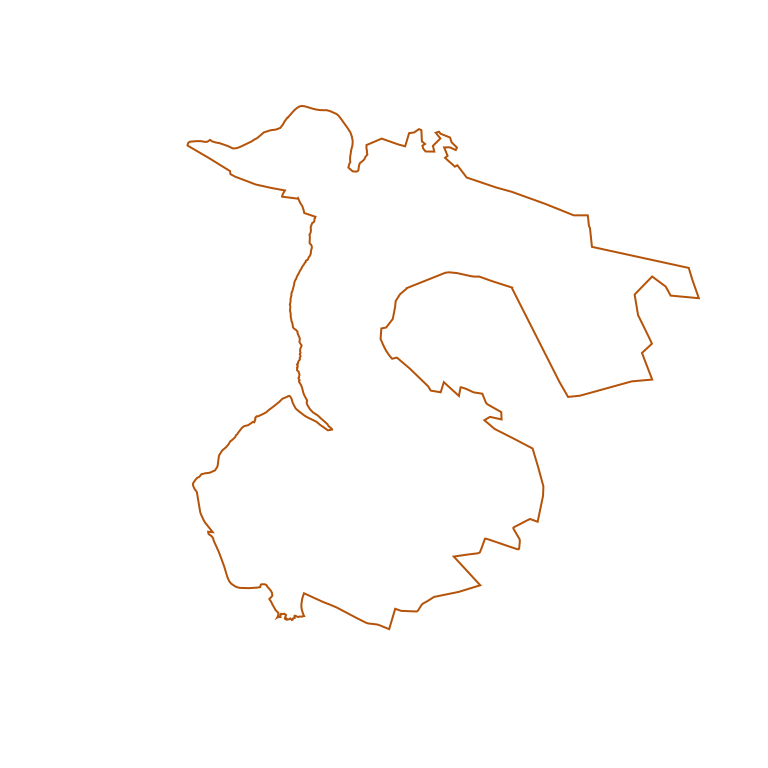 the district of Brocēni, Brocenu, Latvia, rotated 20°
{"feature_id": "27541924B69877910900849", "entity_name": "Brocēni", "entity_type": "district", "adm_level": 2, "iso_a3": "LVA", "parent_name": "Latvia", "parent_adm1": "Brocenu", "projection": "equal_earth", "projection_center": [22.567, 56.678], "detail": "fine", "context": "isolated", "style": "outline", "palette": "amber", "viewbox_px": 768, "rotation_deg": 20, "n_neighbors": 0, "source": "geoboundaries", "source_scale": "gbopen_adm2", "svg_char_len": 6153}
<svg xmlns="http://www.w3.org/2000/svg" viewBox="0 0 768 768"><g transform="rotate(20 384 384)"><path d="M261.5,257.3L261.4,261.0L261.8,262.6L262.8,264.5L263.2,266.8L263.2,268.1L262.9,269.3L263.7,270.4L264.6,272.8L265.8,276.9L266.3,277.4L268.0,278.1L269.2,279.6L269.7,281.0L269.7,283.0L269.9,284.1L270.6,286.5L270.6,287.5L270.4,289.4L270.0,290.3L269.8,293.4L268.5,294.7L268.4,295.3L268.7,296.4L268.2,297.0L267.8,299.3L267.0,301.9L266.9,303.7L266.2,307.0L266.1,309.4L265.7,310.6L265.7,311.7L265.4,312.7L265.5,315.3L265.2,316.1L265.0,317.7L265.1,319.7L265.5,321.1L266.1,327.9L266.0,330.5L266.4,331.9L266.8,332.6L267.0,335.6L268.1,338.8L268.3,341.4L269.4,343.1L269.9,344.5L270.4,346.9L272.3,349.9L273.5,353.1L274.5,354.5L275.4,356.3L277.1,358.2L278.6,361.0L279.2,361.9L280.4,362.7L282.6,363.2L284.8,364.4L285.7,366.3L287.2,367.7L287.7,368.4L288.5,369.0L289.5,370.4L290.1,373.4L291.9,374.9L293.3,375.8L293.5,376.2L293.3,380.0L293.7,380.9L294.0,382.1L294.9,383.1L294.9,383.5L294.6,384.4L294.6,384.7L296.1,386.4L295.8,388.3L296.5,389.4L296.6,389.9L296.0,391.2L295.8,392.9L296.3,394.3L295.5,395.3L295.5,395.5L296.6,396.3L296.9,396.9L296.9,397.5L296.6,398.1L297.2,398.5L297.1,399.4L297.4,400.5L297.9,401.0L299.5,401.6L299.8,401.9L300.4,403.0L301.1,403.6L301.5,404.5L301.6,406.1L301.9,406.7L301.6,407.3L301.6,407.6L302.1,408.4L303.3,409.1L303.5,409.5L303.1,410.4L303.2,410.8L306.7,413.6L308.9,416.4L310.7,419.2L312.7,421.6L317.4,425.8L317.6,426.3L317.5,427.5L317.7,428.0L319.0,429.8L322.9,432.9L326.8,434.9L332.8,436.3L336.0,437.7L344.4,441.0L346.5,442.6L350.1,443.9L350.7,444.4L350.7,444.7L347.1,446.7L337.5,444.1L334.7,443.0L333.1,442.5L324.1,441.6L320.5,441.0L312.5,438.5L309.4,437.2L308.9,436.8L304.6,432.9L302.2,429.5L300.1,427.8L299.1,427.6L298.2,428.1L297.7,428.8L293.6,432.6L291.7,436.6L287.4,443.7L284.5,448.0L283.2,450.6L281.5,452.6L277.5,456.7L276.2,457.8L275.5,457.8L275.0,458.5L274.6,460.3L275.2,461.0L275.2,464.3L274.0,464.2L270.5,469.1L267.0,471.4L265.5,473.7L263.5,480.1L263.3,481.4L262.4,482.9L262.4,484.5L260.9,487.8L259.1,490.6L258.6,493.7L257.1,497.6L254.6,502.0L253.5,507.4L253.8,509.7L255.4,516.5L255.7,518.6L254.8,522.9L250.7,526.9L246.5,529.1L243.3,531.2L242.9,532.6L242.0,534.7L240.6,536.0L239.7,538.1L238.8,541.5L238.6,543.0L238.9,544.0L239.5,544.9L241.5,547.1L244.9,549.4L245.3,549.9L254.9,566.9L256.4,568.9L261.2,573.7L263.4,575.5L273.7,581.8L269.3,583.0L270.1,584.5L270.6,585.0L273.6,585.8L275.2,586.7L276.5,587.7L277.2,589.1L285.9,598.0L290.6,603.4L296.3,610.2L302.1,618.0L303.9,620.2L306.3,622.5L308.8,623.9L312.5,624.9L314.7,625.2L316.7,625.1L318.6,624.8L327.0,622.0L334.5,618.7L337.1,617.2L336.9,614.9L337.0,614.5L337.8,613.9L340.1,613.1L341.1,613.0L342.3,613.2L342.8,613.4L343.7,614.4L345.6,615.3L348.5,617.1L350.2,618.6L351.5,621.1L350.9,622.9L349.8,625.1L350.1,625.6L352.3,627.1L354.3,629.1L359.4,633.5L363.1,635.3L363.6,637.0L363.8,638.8L363.6,639.9L364.2,639.2L366.4,638.4L366.1,637.9L365.6,636.0L365.9,635.1L366.9,635.2L368.8,634.0L371.0,634.6L370.9,637.4L371.0,638.2L371.4,638.5L372.2,637.6L372.7,637.8L372.6,638.7L373.0,638.9L375.3,637.5L376.2,636.4L378.1,637.3L378.8,636.6L378.6,635.6L379.2,634.9L380.1,634.4L379.2,632.7L379.6,632.1L383.0,632.4L384.0,631.5L386.2,630.7L388.3,629.4L387.2,628.4L384.2,624.6L382.7,621.9L381.8,619.6L380.8,615.0L380.5,612.6L380.4,608.0L401.8,609.7L408.3,609.8L416.0,610.2L438.6,613.3L449.0,614.5L451.1,614.4L459.0,612.5L461.3,612.2L472.7,612.6L471.4,591.4L477.8,591.3L492.5,586.6L493.3,585.7L495.0,578.3L495.6,577.2L499.3,572.9L503.8,567.0L525.3,553.8L543.3,540.2L508.6,522.3L520.6,515.8L529.9,511.1L531.5,509.7L531.7,509.1L531.8,504.7L531.8,494.9L532.6,494.5L535.5,494.3L556.8,493.9L565.9,493.6L567.0,493.3L567.2,492.9L567.1,491.8L565.6,485.9L565.1,484.5L564.3,483.3L555.0,475.6L554.7,474.9L555.1,474.1L567.3,460.9L575.5,460.9L571.7,434.7L568.8,425.7L558.1,410.5L545.7,393.8L525.7,391.1L503.4,388.4L490.7,383.7L494.9,378.6L506.6,377.1L503.8,370.3L488.2,367.7L486.2,366.7L479.7,359.5L471.0,361.2L463.2,360.5L458.3,360.6L457.1,360.9L458.5,369.6L439.6,361.8L440.1,372.4L430.2,374.2L426.1,371.0L402.8,360.6L387.1,354.8L383.0,357.5L379.6,355.6L374.7,352.1L370.6,348.3L365.4,342.9L362.5,332.7L366.7,330.2L370.0,319.9L368.1,307.9L366.6,302.1L368.3,294.3L372.7,286.5L372.5,286.2L402.2,259.7L403.9,258.3L406.9,256.8L414.6,254.8L428.3,253.0L432.2,252.2L436.6,250.5L449.8,250.4L471.6,249.6L471.7,250.4L548.1,322.0L561.4,333.2L572.1,328.0L615.9,296.8L634.5,288.1L615.8,266.6L622.0,254.5L616.4,248.9L599.2,232.4L588.9,214.2L599.2,191.3L615.4,196.1L623.1,202.9L650.5,195.7L637.7,180.1L630.7,170.7L532.5,184.0L524.2,167.0L522.4,165.2L520.5,161.2L517.8,155.8L504.7,160.6L474.2,159.6L438.3,159.7L421.8,161.0L391.1,161.7L378.1,153.4L376.3,155.5L364.0,150.6L365.7,147.8L359.6,141.1L364.8,139.1L371.4,139.6L371.7,136.9L364.8,133.7L361.8,129.8L351.6,129.5L349.4,128.1L346.7,130.2L353.0,134.0L348.5,143.5L351.8,148.4L343.5,151.3L340.3,149.3L338.6,146.9L340.5,144.4L336.6,143.0L332.3,132.7L329.7,132.5L326.3,137.3L321.8,139.7L322.6,153.4L315.7,154.0L297.9,154.2L285.8,165.5L287.2,169.2L288.2,170.5L288.8,172.5L289.9,174.1L288.9,176.8L288.7,179.4L288.0,181.1L285.7,184.9L286.0,188.4L286.7,191.1L286.8,192.3L285.6,193.8L281.8,194.9L276.5,192.8L276.1,188.7L276.5,187.0L275.8,185.8L274.6,182.6L273.1,175.0L272.7,170.4L271.5,166.4L269.1,162.4L266.3,159.0L262.5,156.1L251.4,148.5L249.0,147.2L247.0,146.5L240.0,146.0L236.6,146.3L230.6,148.4L226.9,149.2L223.9,149.6L215.1,150.1L211.9,150.7L209.9,151.9L208.6,153.3L207.3,155.2L205.8,158.1L202.4,166.8L202.1,166.8L200.6,171.9L200.4,174.3L198.9,178.9L195.4,181.9L190.7,184.3L185.0,188.7L180.7,196.4L179.0,198.1L176.2,201.8L167.4,210.7L164.7,212.9L161.8,214.2L161.1,214.3L156.4,213.8L147.2,213.9L143.2,214.6L139.5,214.8L137.0,214.1L136.1,215.6L134.7,217.1L132.1,217.9L128.9,218.4L125.5,219.6L119.1,222.5L117.9,223.7L117.5,225.1L117.8,227.1L143.0,231.7L166.5,236.6L167.9,239.3L173.4,240.1L195.3,240.4L211.1,238.3L224.7,236.0L224.1,239.3L223.9,241.4L224.2,242.8L239.3,239.4L239.6,238.7L243.7,242.8L246.5,244.9L249.0,248.1L250.6,250.6L262.3,250.3L262.2,251.1L262.5,251.5L262.2,252.2L262.8,255.0L262.6,255.9L261.5,257.3Z" fill="none" stroke="#b45309" stroke-width="2"/></g></svg>